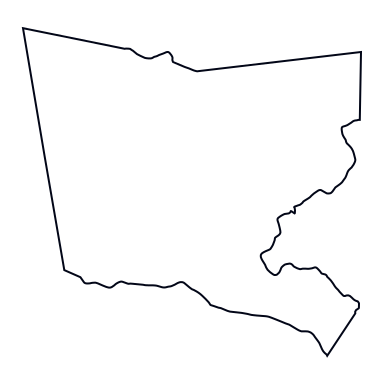 Villa de San Francisco, Francisco Morazán, Honduras
{"feature_id": "27666195B57613210290297", "entity_name": "Villa de San Francisco", "entity_type": "district", "adm_level": 2, "iso_a3": "HND", "parent_name": "Honduras", "parent_adm1": "Francisco Morazán", "projection": "robinson", "projection_center": [-86.929, 14.191], "detail": "fine", "context": "isolated", "style": "outline", "palette": "ink", "viewbox_px": 384, "rotation_deg": 0, "n_neighbors": 0, "source": "geoboundaries", "source_scale": "gbopen_adm2", "svg_char_len": 6022}
<svg xmlns="http://www.w3.org/2000/svg" viewBox="0 0 384 384"><path d="M361.0,52.0L198.7,71.1L198.2,71.2L197.1,71.3L195.8,71.0L194.3,70.6L192.7,70.0L188.9,68.4L185.7,67.3L184.6,66.9L173.2,62.1L173.0,61.9L172.8,61.5L172.6,60.7L172.4,60.2L172.4,59.3L172.5,58.3L172.5,57.8L172.4,57.2L172.0,56.3L171.6,55.6L171.1,54.8L170.5,54.1L169.8,53.2L169.3,52.7L168.9,52.4L168.5,52.2L168.1,52.0L167.7,52.0L167.3,52.0L166.8,52.1L166.3,52.2L163.3,53.5L159.4,54.9L158.7,55.2L157.4,55.9L156.6,56.2L156.0,56.4L154.8,56.7L154.1,56.9L153.8,57.1L152.6,57.8L151.8,58.2L150.7,58.4L149.4,58.4L148.4,58.4L146.5,58.2L144.9,57.9L144.0,57.5L140.3,55.8L137.0,54.1L132.9,50.7L131.5,49.9L130.5,49.1L130.1,48.9L128.8,48.7L126.8,48.6L125.8,48.6L124.7,48.8L44.8,32.6L23.0,28.2L44.7,156.7L64.3,270.1L80.4,277.2L84.0,282.3L84.5,282.8L85.3,283.2L86.2,283.4L87.4,283.5L89.3,283.4L90.1,283.3L91.3,283.0L92.5,282.8L94.3,282.7L95.5,282.7L96.0,282.8L97.0,283.1L97.9,283.4L102.7,285.5L106.2,286.9L107.6,287.3L108.9,287.6L109.5,287.6L110.1,287.6L110.9,287.4L111.4,287.2L112.2,286.8L113.3,286.0L114.2,285.4L115.5,284.2L116.5,283.5L117.9,282.7L119.2,282.1L120.4,281.7L121.1,281.6L121.7,281.6L122.6,281.8L125.4,282.8L127.0,283.4L128.0,283.7L128.7,283.8L130.4,283.6L131.8,283.7L142.5,284.7L143.3,284.8L144.8,285.1L145.6,285.2L147.9,285.3L152.2,285.3L154.0,285.4L155.3,285.5L156.7,285.7L158.2,286.1L161.9,287.2L163.0,287.4L164.1,287.5L165.3,287.4L165.9,287.3L168.2,286.7L170.3,286.4L171.5,286.1L173.1,285.4L174.7,284.7L177.5,283.1L178.7,282.6L179.6,282.3L180.5,282.1L181.3,282.1L182.0,282.1L182.8,282.3L183.8,282.7L184.5,283.2L189.6,287.5L191.5,288.9L192.3,289.4L193.7,289.9L194.6,290.4L196.6,291.5L198.5,292.7L200.5,294.2L202.4,295.9L205.5,298.9L208.7,302.3L209.4,303.3L210.2,304.6L210.5,304.9L210.8,305.1L214.0,306.1L218.6,307.7L219.3,307.8L220.3,308.0L220.8,308.1L227.3,310.8L228.6,311.2L230.0,311.6L231.7,311.8L237.2,312.4L241.6,312.9L243.4,313.2L247.3,313.9L248.6,314.2L250.1,314.6L251.4,314.9L253.8,315.2L256.7,315.5L265.6,316.2L267.1,316.4L268.9,316.8L270.3,317.3L271.7,317.8L276.3,319.6L281.5,321.7L285.6,323.4L288.2,324.3L289.1,324.6L290.2,325.2L293.3,327.1L297.5,329.6L299.2,330.5L300.7,331.1L301.4,331.3L302.0,331.3L304.8,331.3L306.9,331.4L308.0,331.5L308.7,331.7L310.0,332.2L311.0,332.7L311.6,333.2L312.3,333.7L313.4,334.8L313.8,335.3L315.0,337.1L317.1,339.9L318.5,341.8L319.4,343.2L322.0,349.1L323.0,350.9L323.7,351.8L324.2,352.4L325.1,353.3L326.2,354.2L326.5,354.4L326.8,355.0L327.2,355.8L355.3,313.4L355.2,312.5L355.2,312.0L355.2,311.7L355.5,311.1L356.0,310.2L356.3,309.9L358.3,308.6L358.6,308.4L358.8,308.1L358.9,307.8L359.0,304.1L359.0,303.5L358.9,303.2L358.7,302.7L358.3,302.1L357.9,301.6L357.6,301.3L357.2,301.2L356.4,301.0L355.8,300.7L355.1,300.4L354.3,299.9L353.2,299.0L352.0,297.8L351.1,297.0L350.1,296.1L349.2,295.7L348.7,295.5L348.4,295.4L347.0,295.4L346.1,295.6L345.1,296.0L344.6,296.0L344.1,296.0L343.7,295.9L343.3,295.6L343.0,295.4L340.8,293.1L339.5,291.7L338.2,290.0L337.0,288.8L336.0,287.8L334.9,286.4L333.0,283.4L330.8,280.4L328.8,278.3L327.2,276.8L326.8,275.9L326.5,275.4L326.1,275.0L325.7,274.7L325.3,274.5L324.6,274.3L323.3,274.0L321.9,273.6L321.6,273.4L321.2,273.0L320.6,272.1L320.2,271.5L318.6,269.7L317.3,268.4L316.7,267.9L316.2,267.6L315.5,267.4L314.8,267.4L313.8,267.7L312.6,268.1L312.0,268.3L310.2,268.6L308.7,268.8L307.6,268.8L305.9,268.7L304.0,268.7L302.6,268.7L300.7,269.1L299.8,269.1L298.8,268.8L297.3,268.3L296.1,267.7L294.7,267.0L293.6,266.3L292.8,265.3L292.2,264.7L291.6,264.2L291.0,263.9L290.4,263.7L289.7,263.6L289.3,263.6L288.3,263.8L286.5,264.1L285.1,264.5L284.5,264.8L283.2,265.8L282.2,266.7L281.5,267.5L281.1,268.3L280.4,270.2L279.5,272.0L279.2,272.5L278.8,272.9L277.4,274.2L276.8,274.7L276.1,274.9L275.5,275.0L274.9,275.0L274.4,275.0L273.9,274.8L273.0,274.3L272.3,273.8L270.1,272.2L268.0,270.2L267.6,269.8L266.8,268.5L266.2,267.5L265.8,266.6L265.2,265.0L264.5,263.8L262.5,260.6L261.7,259.2L261.2,258.0L260.9,257.2L260.8,256.4L260.8,255.6L260.9,254.9L261.2,254.3L261.7,253.6L262.3,253.1L263.7,252.2L265.7,251.2L267.1,250.6L268.8,249.9L269.4,249.6L270.1,249.2L270.6,248.7L271.1,247.9L271.9,246.7L273.0,244.7L273.4,243.6L274.6,240.4L274.8,239.4L274.9,238.4L275.0,238.1L275.1,237.8L275.4,237.5L276.6,236.6L278.3,235.5L279.0,234.9L279.7,234.2L280.1,233.4L280.4,232.7L280.4,232.0L280.3,230.8L280.0,229.3L279.6,227.5L278.9,224.7L278.6,223.6L277.8,221.3L277.6,220.6L277.5,219.9L277.5,219.3L277.6,218.8L277.9,218.3L278.2,217.9L279.5,216.9L281.1,215.8L282.7,214.9L283.7,214.4L284.6,214.0L288.8,213.4L289.1,213.2L289.8,212.7L290.4,212.1L290.6,211.8L290.7,211.3L290.9,211.1L291.3,211.2L291.8,211.5L293.7,212.8L294.4,213.3L294.6,213.4L294.8,213.2L294.9,212.3L295.0,210.3L294.7,208.3L294.6,207.8L294.2,207.3L294.2,207.1L294.3,206.9L294.9,206.5L296.4,206.0L298.0,205.4L299.6,204.9L300.1,204.7L300.5,204.4L301.4,203.7L302.1,203.1L302.6,202.6L303.2,201.7L303.5,201.4L305.0,200.4L307.8,198.7L309.3,197.7L310.1,197.1L311.4,195.7L313.9,193.5L316.5,191.7L318.5,190.4L319.4,190.1L319.9,190.0L320.4,190.0L321.0,190.1L321.4,190.3L322.1,190.7L323.3,191.4L326.3,193.1L326.7,193.3L327.0,193.4L328.3,193.5L329.4,193.4L330.1,193.3L330.4,193.2L331.2,192.8L331.8,192.2L332.5,191.5L334.2,189.1L335.1,187.8L335.4,187.4L338.5,185.2L340.0,184.1L341.4,182.9L342.1,182.2L344.0,179.5L345.0,178.2L345.5,177.4L346.5,175.1L347.1,173.3L347.5,172.4L347.8,171.6L348.3,170.8L348.8,170.1L349.5,169.4L350.5,168.4L351.6,167.5L351.9,167.0L353.4,164.9L353.8,164.2L354.3,163.2L354.8,162.1L355.1,161.3L355.3,160.3L355.3,159.5L355.2,158.9L353.9,153.8L353.3,151.9L352.9,150.8L352.4,149.9L351.9,148.9L351.0,147.6L350.4,146.9L349.5,145.9L348.0,144.4L347.0,143.5L346.7,143.1L346.1,141.8L345.8,140.4L345.6,139.8L345.3,139.3L344.3,137.8L343.3,136.1L342.8,135.0L342.5,134.3L342.2,133.0L341.9,131.2L341.7,129.8L341.7,128.3L341.8,127.9L341.9,127.5L342.1,127.2L342.4,126.9L343.3,126.5L345.4,125.9L347.4,125.1L351.3,122.6L353.0,121.3L353.8,120.9L354.3,120.7L355.1,120.5L356.8,120.3L358.4,119.9L359.1,119.9L359.8,119.9L361.0,52.0Z" fill="none" stroke="#020617" stroke-width="2"/></svg>